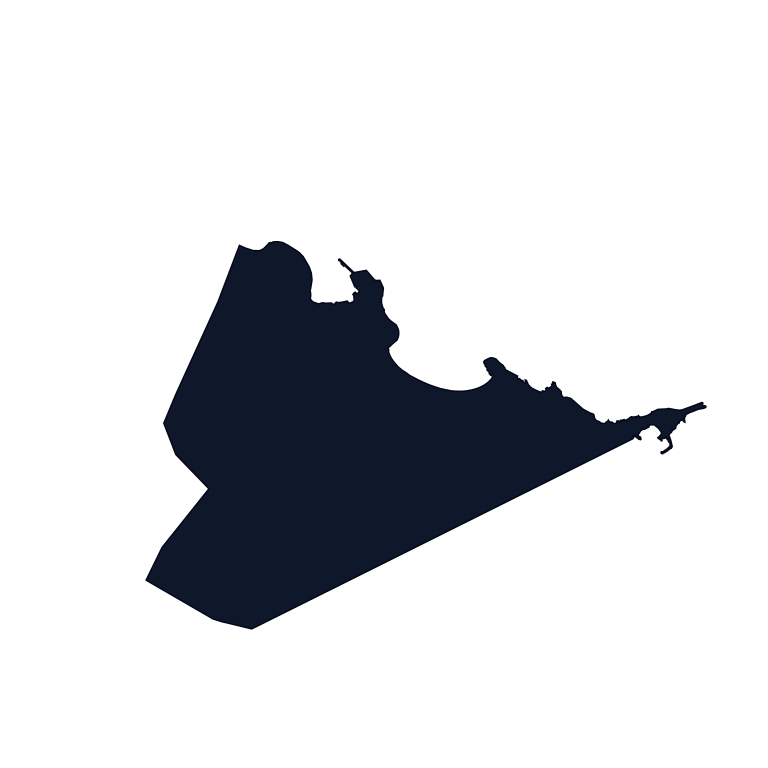 the district of Municipality CH, Montevideo, Uruguay, rotated 249°
{"feature_id": "84410073B90107892201288", "entity_name": "Municipality CH", "entity_type": "district", "adm_level": 2, "iso_a3": "URY", "parent_name": "Uruguay", "parent_adm1": "Montevideo", "projection": "albers", "projection_center": [-56.149, -34.909], "detail": "fine", "context": "isolated", "style": "filled", "palette": "ink", "viewbox_px": 768, "rotation_deg": 249, "n_neighbors": 0, "source": "geoboundaries", "source_scale": "gbopen_adm2", "svg_char_len": 5353}
<svg xmlns="http://www.w3.org/2000/svg" viewBox="0 0 768 768"><g transform="rotate(249 384 384)"><path d="M286.1,91.6L225.9,140.2L220.1,147.6L202.8,172.8L223.3,385.4L243.7,596.6L244.9,598.2L246.0,597.4L245.9,597.9L246.1,598.3L246.3,598.6L246.7,598.8L241.9,601.7L241.2,602.0L240.7,602.8L240.1,603.5L240.4,604.2L242.6,604.4L243.3,603.3L244.4,603.0L246.2,603.4L246.4,604.2L248.6,607.2L248.9,610.0L248.3,611.0L248.5,612.0L249.0,616.0L250.3,616.7L250.5,617.8L249.0,621.7L244.3,624.4L239.7,625.7L237.7,624.9L235.9,621.3L235.9,620.5L234.9,620.5L234.9,621.3L234.0,621.3L233.1,621.9L232.7,622.4L231.5,622.5L231.5,623.2L232.7,623.2L233.2,624.2L233.0,625.6L232.7,626.8L233.1,627.4L233.0,628.6L231.0,628.5L231.0,629.0L228.0,629.0L226.9,629.6L226.3,629.7L225.2,629.5L224.5,629.3L223.8,628.9L222.8,627.3L222.5,626.3L222.0,625.3L221.7,624.0L221.3,622.9L221.4,622.0L220.8,620.7L221.0,619.5L221.3,618.6L220.9,618.2L220.3,617.9L219.6,618.3L219.1,619.0L219.4,620.2L219.4,621.9L219.8,622.9L219.8,623.8L220.3,624.7L220.3,625.3L220.7,625.7L220.5,626.5L221.1,627.2L221.2,627.8L221.0,629.1L221.7,630.0L222.5,630.7L227.7,631.4L230.5,631.6L232.4,631.7L233.4,631.4L234.9,632.4L235.5,633.6L235.8,634.9L237.1,636.3L237.7,638.4L238.1,640.3L240.2,641.5L242.3,644.9L241.8,645.3L241.9,645.7L242.4,645.9L242.9,646.1L243.7,647.9L243.7,649.0L243.4,649.7L242.9,650.2L241.8,650.3L241.1,650.6L240.4,651.2L240.7,651.4L241.7,651.2L242.3,651.6L242.7,651.1L243.6,652.0L244.6,652.4L245.5,653.0L246.1,654.1L246.9,654.5L247.3,655.3L247.8,659.1L247.7,662.6L247.8,668.6L246.8,673.5L246.8,675.9L247.5,676.4L248.1,676.3L248.8,675.8L249.2,673.8L251.0,673.8L251.2,674.5L251.9,674.9L252.8,674.1L252.8,664.3L253.0,652.9L253.8,650.0L255.5,646.9L257.8,643.2L259.3,640.7L259.4,639.1L261.9,631.5L262.0,630.5L262.2,630.3L261.7,624.6L262.1,624.0L260.9,623.0L260.3,619.6L260.3,616.7L260.8,612.7L261.6,611.0L262.4,610.4L263.3,610.3L262.8,608.8L263.2,608.1L263.1,607.5L263.2,607.0L263.6,606.6L263.5,605.7L263.8,604.5L264.3,604.1L263.9,603.4L264.7,603.3L264.7,602.2L264.3,600.9L263.7,599.0L263.8,598.1L263.4,597.0L263.8,595.7L264.6,595.7L264.9,594.4L264.5,593.3L265.4,592.3L264.5,590.7L265.6,589.5L266.0,588.2L264.8,587.7L264.4,586.7L263.9,586.5L264.6,584.5L266.7,583.2L267.1,582.3L267.4,581.5L268.1,580.8L269.9,580.5L269.2,579.8L268.7,577.5L267.9,576.3L268.5,574.6L269.6,572.8L270.8,572.0L271.8,571.4L273.1,569.8L274.5,568.8L276.7,568.3L278.1,568.6L280.0,568.9L281.1,568.4L283.2,565.9L286.2,563.3L289.3,560.7L303.6,553.2L306.3,549.6L306.7,547.5L307.4,546.5L309.4,545.8L311.1,546.0L313.4,546.7L315.4,545.9L317.8,544.7L319.1,543.9L321.0,543.8L323.8,544.2L324.8,543.3L325.4,542.2L323.9,541.6L323.7,540.4L322.3,540.2L321.7,539.5L321.0,536.1L322.4,535.0L321.7,533.2L320.6,533.6L320.1,533.2L319.5,531.3L320.8,529.5L319.9,528.5L320.3,527.3L321.0,526.3L324.8,522.6L326.3,521.3L327.4,520.3L331.2,518.5L334.5,518.3L336.4,518.2L337.1,517.3L334.5,516.6L334.4,516.2L334.5,515.6L334.9,515.1L335.3,515.0L336.3,514.8L337.4,514.9L337.6,514.1L338.2,513.7L338.4,512.9L339.2,512.9L340.3,512.6L340.6,511.6L340.6,510.6L341.1,510.8L341.8,511.0L342.7,510.6L343.5,511.5L354.5,501.9L355.4,502.7L356.3,502.2L358.6,501.9L362.3,499.5L367.2,497.5L368.9,495.6L369.3,494.7L369.9,494.0L370.3,492.5L370.3,489.9L370.0,488.8L369.9,486.8L369.3,485.4L368.5,485.0L367.8,484.9L365.4,485.2L364.1,485.0L363.6,485.5L362.5,485.8L361.7,486.5L361.3,485.8L360.4,485.3L359.5,485.3L358.9,485.8L358.5,486.7L357.0,486.2L356.1,486.0L354.6,486.5L354.1,486.6L353.3,487.9L352.3,487.8L351.4,487.5L350.6,486.7L348.4,482.2L347.2,478.0L346.6,473.6L346.5,469.1L346.9,464.4L347.9,458.8L349.5,453.4L351.3,449.0L353.5,444.3L356.1,440.2L359.5,435.0L362.8,430.9L367.0,425.9L370.9,421.9L375.8,417.2L383.1,410.8L386.1,409.0L390.2,406.0L395.0,403.3L399.2,401.8L401.9,400.9L404.3,400.3L406.7,399.9L409.4,399.7L411.1,399.7L412.7,399.9L413.9,400.4L414.1,400.7L415.5,400.5L416.5,401.4L417.1,402.5L417.1,403.5L417.9,404.7L418.2,405.8L419.7,409.7L420.3,411.8L421.9,413.4L423.9,414.9L426.4,416.1L429.4,416.9L432.0,416.8L434.8,416.5L439.9,413.2L443.5,411.4L449.4,410.0L451.8,410.1L453.3,410.9L455.4,410.3L457.7,410.4L460.4,410.7L463.0,411.6L465.2,412.6L466.2,413.3L466.7,414.2L473.8,417.8L478.8,417.5L482.3,417.3L482.6,416.3L483.5,413.6L484.8,412.4L496.4,408.2L498.8,395.9L516.1,387.7L516.5,387.4L516.6,387.0L516.5,386.3L515.8,386.1L515.2,386.3L514.6,386.9L512.2,388.1L511.7,387.1L508.4,388.6L508.8,389.6L500.2,393.8L498.8,394.5L496.9,391.2L485.2,391.6L485.2,392.6L483.2,392.6L482.7,393.2L481.3,393.5L480.7,394.5L478.9,393.6L478.0,392.2L478.4,390.7L480.0,390.1L479.9,389.0L478.8,387.1L477.5,387.4L474.3,386.7L472.8,386.2L471.8,384.6L471.8,381.5L472.0,379.9L473.2,379.9L474.7,379.3L475.0,376.6L475.5,373.7L476.3,370.5L477.5,369.0L477.5,368.4L476.6,367.0L476.4,366.4L476.4,365.7L477.1,364.5L478.4,364.1L480.5,357.9L481.4,356.7L482.0,354.9L482.1,352.0L483.1,350.5L484.6,348.8L485.9,347.3L487.2,346.5L490.0,345.6L490.6,346.1L491.1,346.4L493.1,347.4L494.2,347.8L498.1,348.7L499.2,349.6L507.0,354.1L513.7,355.9L519.8,356.1L525.9,355.2L531.8,354.2L536.8,352.1L541.2,349.1L547.6,344.3L552.5,340.0L554.9,335.8L556.3,331.9L556.3,329.5L557.0,327.6L555.6,324.9L554.9,323.4L553.6,320.4L553.4,319.8L553.0,315.7L555.4,309.7L560.8,303.1L565.2,298.7L520.0,258.3L449.4,186.4L426.3,164.4L392.7,164.4L348.9,183.0L321.5,136.3L311.0,118.3L286.1,91.6Z" fill="#0f172a" stroke="#020617" stroke-width="1.5"/></g></svg>